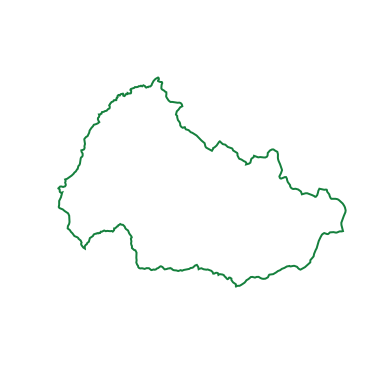 the district of Paucar del Sara Sara, Ayacucho, Peru, rotated 61°
{"feature_id": "86281439B2335634793113", "entity_name": "Paucar del Sara Sara", "entity_type": "district", "adm_level": 2, "iso_a3": "PER", "parent_name": "Peru", "parent_adm1": "Ayacucho", "projection": "albers", "projection_center": [-73.322, -15.115], "detail": "fine", "context": "isolated", "style": "outline", "palette": "green", "viewbox_px": 384, "rotation_deg": 61, "n_neighbors": 0, "source": "geoboundaries", "source_scale": "gbopen_adm2", "svg_char_len": 5980}
<svg xmlns="http://www.w3.org/2000/svg" viewBox="0 0 384 384"><g transform="rotate(61 192 192)"><path d="M189.5,313.1L187.9,312.4L187.4,311.9L186.7,310.5L186.7,309.4L185.8,308.3L185.5,306.3L182.8,303.7L182.5,300.1L181.5,298.5L181.7,296.6L182.1,295.7L182.0,294.8L182.7,294.2L182.7,293.1L183.2,292.7L183.3,292.3L182.5,291.0L183.0,290.2L183.1,287.5L184.5,286.4L184.9,285.0L186.6,282.6L187.2,281.1L188.2,280.5L187.6,278.7L186.2,277.8L186.5,277.4L186.5,276.9L186.2,276.1L186.3,275.5L185.8,274.3L186.0,273.6L185.3,272.4L185.5,271.3L185.2,270.3L186.3,269.6L187.3,268.3L189.3,267.7L190.6,267.7L191.3,267.9L192.4,267.7L194.7,266.6L197.9,267.0L201.6,266.5L202.6,266.8L202.7,267.5L203.2,268.1L205.7,268.9L207.4,270.2L209.0,270.7L210.1,270.7L211.9,271.7L214.7,270.7L215.5,269.8L218.1,269.9L222.6,272.6L224.8,273.5L226.7,274.9L228.9,275.2L230.3,275.0L231.6,275.4L232.7,275.2L233.7,274.4L234.5,272.6L236.3,270.7L236.6,268.6L237.8,266.6L240.3,265.6L240.7,265.2L241.2,263.1L241.9,262.3L242.2,261.1L241.9,259.9L242.1,258.5L241.7,255.7L242.0,255.1L243.3,254.2L245.6,253.7L246.4,253.4L247.1,251.5L247.3,249.9L247.9,248.8L247.9,248.0L248.4,247.8L249.0,247.0L250.4,246.7L251.6,245.8L253.1,243.6L254.4,242.4L254.9,239.7L256.0,238.9L256.2,237.0L257.9,231.8L257.8,230.0L258.3,228.9L258.5,227.8L257.8,224.9L258.1,223.1L260.4,222.9L262.7,223.6L262.7,222.7L263.3,220.7L265.2,219.3L266.9,217.1L267.4,215.8L270.3,213.3L272.1,212.8L273.7,213.0L274.2,211.9L274.2,210.6L274.7,209.4L275.6,208.7L277.3,209.1L277.2,207.9L277.4,207.4L279.1,205.2L280.4,204.4L281.5,204.4L283.2,203.8L284.7,203.6L285.5,203.1L285.5,202.3L284.9,201.1L285.2,200.4L286.8,199.5L288.1,200.2L290.9,199.9L293.9,198.4L294.6,198.6L295.6,199.3L296.0,199.3L295.9,198.2L297.1,195.8L297.1,194.0L296.8,190.1L296.2,188.4L295.6,187.3L295.5,184.7L294.9,181.8L295.5,180.4L297.4,178.4L297.6,176.7L298.5,174.9L300.6,173.7L301.8,172.7L302.6,171.6L303.4,169.8L303.4,167.0L302.8,166.0L302.1,165.3L301.8,164.4L303.2,160.8L303.1,157.2L302.8,155.3L303.1,152.8L302.8,150.6L303.2,147.9L303.1,145.2L304.0,142.5L304.7,142.2L305.0,141.5L305.8,139.1L306.3,138.2L308.4,136.4L310.1,136.1L311.6,135.5L312.5,134.7L312.5,129.6L310.9,122.7L309.0,121.5L307.3,116.9L305.3,115.2L302.6,111.8L301.7,110.3L296.3,104.9L293.8,101.4L292.4,99.2L292.1,98.2L292.0,96.3L294.2,94.3L294.7,93.5L294.7,92.8L294.2,90.9L295.7,87.7L297.4,85.7L297.7,84.8L298.0,82.1L299.1,80.0L299.4,78.9L293.3,77.3L291.3,76.3L286.6,70.9L284.0,67.6L282.5,66.5L279.6,65.7L277.6,65.6L275.1,65.8L270.6,67.3L269.5,67.8L268.7,68.4L267.6,69.7L265.5,73.4L264.8,73.7L262.6,73.6L260.5,73.1L257.5,73.6L256.4,73.4L255.9,73.1L255.3,73.1L254.8,73.7L254.2,75.2L250.9,79.0L252.2,80.9L253.5,82.0L255.5,84.1L256.2,86.1L255.7,86.8L254.8,87.1L253.0,88.4L249.0,91.8L248.2,93.2L247.3,97.0L244.4,96.5L241.3,97.9L239.4,99.8L238.4,102.1L237.2,103.0L236.0,103.4L234.7,103.4L233.6,102.9L229.7,103.4L227.5,103.0L226.6,102.6L224.6,102.5L224.0,103.5L223.5,107.5L223.0,108.1L222.1,108.3L220.7,108.0L218.8,105.2L216.6,102.7L215.9,102.5L210.3,101.5L206.8,101.2L205.0,100.8L203.7,100.3L200.6,98.5L198.2,97.9L196.2,99.2L194.3,100.1L193.6,101.3L193.5,103.7L194.6,106.8L196.6,108.1L197.4,109.2L197.4,111.0L196.5,112.6L194.5,115.4L193.8,117.3L190.4,120.2L191.4,121.2L191.7,123.7L192.0,124.3L194.6,126.7L194.8,128.5L194.1,131.3L193.5,130.7L192.8,130.4L191.6,130.6L190.1,131.7L187.6,133.0L185.9,134.5L185.3,134.6L182.1,134.5L180.4,133.6L179.7,133.6L175.6,135.9L174.2,135.7L173.2,135.9L169.9,138.9L166.8,139.9L165.0,141.9L161.2,143.1L161.3,144.0L163.3,148.0L163.9,150.8L163.8,152.1L164.5,152.7L165.6,154.6L160.2,158.0L159.1,158.2L158.3,158.1L155.4,157.3L151.5,158.8L144.8,160.6L140.4,163.0L139.1,164.1L136.2,165.0L134.2,167.0L132.9,167.1L132.0,166.8L131.6,167.3L131.4,168.9L130.1,169.7L128.2,170.0L126.3,169.2L125.0,169.0L122.2,169.4L119.4,168.7L118.4,168.1L116.5,168.5L114.1,166.2L113.4,163.8L112.2,161.3L112.3,158.9L110.4,158.4L108.7,158.8L107.8,159.6L106.9,161.4L103.7,165.5L102.8,167.2L100.7,168.1L96.8,168.4L95.7,168.2L93.9,166.9L92.3,166.1L91.1,166.9L90.1,167.1L87.7,168.5L86.7,168.6L85.7,168.1L83.5,166.6L82.4,165.3L81.6,165.0L81.1,165.2L80.3,166.5L78.6,167.9L78.1,167.7L77.2,166.2L76.0,165.9L75.6,166.0L75.4,166.3L75.4,169.1L76.2,171.7L78.2,174.8L78.9,175.4L79.5,177.2L78.9,178.4L79.0,179.6L78.5,180.1L78.5,181.4L77.9,181.8L76.6,181.8L75.1,182.8L75.4,184.4L74.3,185.1L74.3,186.2L73.7,187.1L73.8,188.4L73.3,189.9L72.6,191.0L72.9,192.0L72.3,195.4L72.5,196.0L72.9,196.4L73.7,196.1L74.3,196.3L75.8,197.3L76.0,197.8L75.1,199.9L74.2,200.4L75.0,201.1L74.3,202.0L75.2,203.8L75.3,204.7L74.4,205.4L73.8,205.2L73.1,204.6L72.5,204.7L71.9,206.8L72.6,208.4L72.3,208.7L71.7,208.8L71.5,209.3L72.0,210.7L73.1,211.2L73.1,212.1L73.8,212.4L74.1,213.4L74.9,213.7L74.9,214.0L74.3,214.7L73.9,216.0L74.5,216.7L74.5,217.7L74.3,218.7L74.9,220.1L75.0,220.7L75.7,221.4L76.0,222.4L77.3,222.5L78.4,223.1L78.9,223.7L78.8,225.2L79.5,227.3L79.0,229.2L79.1,230.1L78.5,232.1L79.6,233.2L79.4,234.0L79.7,234.5L79.1,235.8L80.3,236.0L81.4,237.2L81.7,238.3L82.6,239.0L84.5,239.3L85.9,239.2L86.3,241.0L86.1,243.1L85.6,245.3L86.5,246.8L87.1,248.7L88.6,251.7L90.3,253.2L92.5,256.3L92.5,257.9L93.3,260.2L93.8,260.7L98.1,262.3L99.8,263.9L101.3,264.5L102.2,265.5L102.4,266.2L101.9,268.6L103.3,269.1L105.3,269.0L107.0,269.9L107.8,270.8L108.0,272.2L108.6,273.0L112.8,276.2L113.7,277.2L114.3,278.9L116.4,280.8L116.4,281.4L117.7,283.7L118.0,285.5L118.6,286.6L119.3,289.3L119.9,294.8L119.5,296.9L121.0,297.1L122.3,298.4L124.1,298.7L125.0,299.3L125.5,300.3L125.1,302.3L123.8,303.6L123.3,304.7L124.0,307.1L124.3,307.1L125.2,306.5L125.6,306.5L127.4,307.4L127.9,307.5L129.3,306.9L129.5,305.7L130.2,306.5L131.4,307.5L132.0,308.3L132.8,308.8L135.4,312.5L138.8,314.4L140.5,315.8L141.8,315.7L144.5,313.5L146.9,312.6L150.6,310.7L153.2,310.9L158.9,313.7L160.4,315.0L161.7,317.1L163.6,318.4L166.1,317.3L168.2,317.2L170.1,316.6L173.5,316.2L176.1,314.2L177.2,313.8L177.9,313.9L180.4,312.9L182.7,313.1L183.7,314.2L185.0,314.4L187.9,314.0L189.5,313.1Z" fill="none" stroke="#15803d" stroke-width="2"/></g></svg>